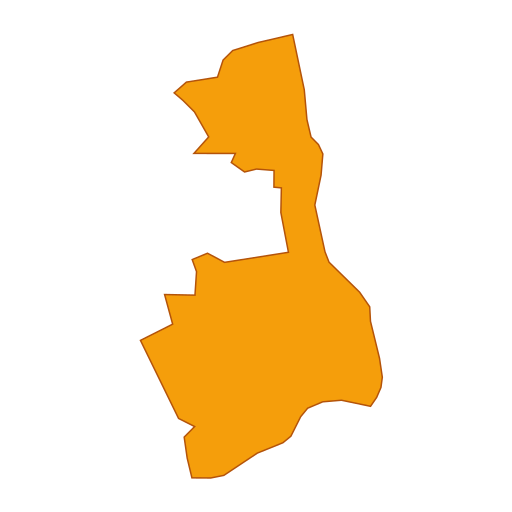 the Municipality of Salacgrivas, rotated 177°
{"feature_id": "LVA-5774", "entity_name": "Salacgrivas", "entity_type": "Municipality", "adm_level": 1, "iso_a3": "LVA", "parent_name": "Latvia", "parent_adm1": "", "projection": "equal_earth", "projection_center": [24.458, 57.674], "detail": "fine", "context": "isolated", "style": "filled", "palette": "amber", "viewbox_px": 512, "rotation_deg": 177, "n_neighbors": 0, "source": "natural_earth", "source_scale": "10m", "svg_char_len": 878}
<svg xmlns="http://www.w3.org/2000/svg" viewBox="0 0 512 512"><g transform="rotate(177 256 256)"><path d="M312.8,36.7L331.6,37.8L335.3,57.8L337.2,78.9L326.2,88.9L341.8,97.8L375.8,177.8L342.8,192.3L349.3,222.3L319.0,220.1L316.2,243.5L319.9,255.8L304.3,261.3L287.7,251.3L223.4,258.0L228.9,298.1L227.1,322.7L234.5,323.8L233.5,340.5L251.0,342.8L263.0,340.5L275.8,350.6L271.2,359.5L312.6,361.7L297.0,377.4L309.9,403.1L321.0,415.4L329.2,423.2L316.4,433.3L285.1,436.6L278.6,453.4L268.5,462.4L242.7,469.1L207.8,475.3L199.1,419.5L198.0,389.6L194.8,371.9L187.8,364.0L183.9,354.4L186.8,333.3L194.6,303.8L186.9,256.6L183.4,246.0L154.4,214.4L145.1,199.3L145.1,184.8L138.0,147.3L136.2,128.3L138.1,118.2L142.9,108.5L149.5,99.9L178.2,107.5L197.0,106.9L212.4,101.3L219.8,93.2L230.6,74.2L238.9,68.1L265.0,59.1L299.6,38.6L312.8,36.7Z" fill="#f59e0b" stroke="#b45309" stroke-width="1.5"/></g></svg>